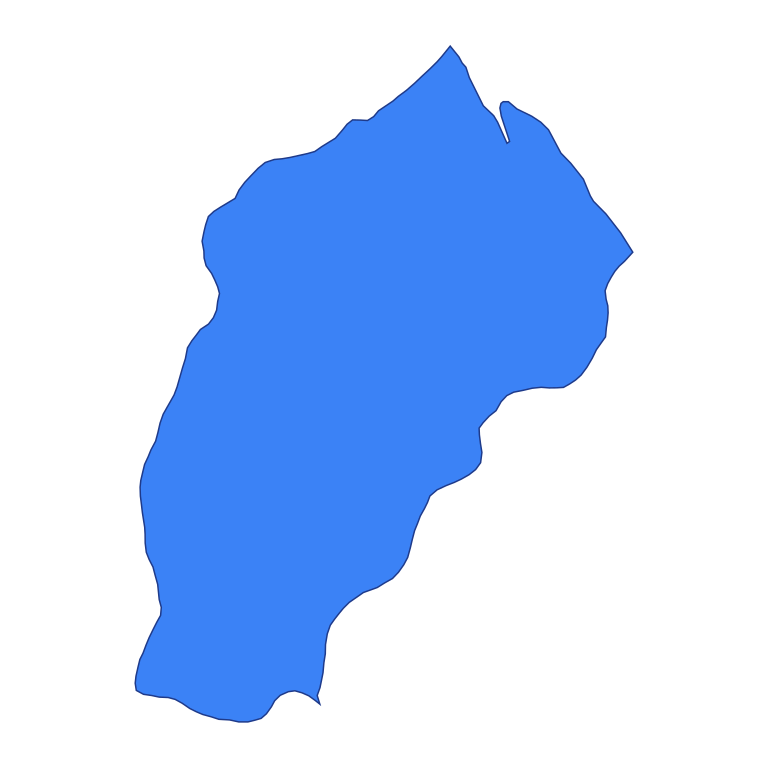 the district of II-1 Moruka/Pomeroon, Pomeroon-Supenaam, Guyana
{"feature_id": "73187651B89852633315", "entity_name": "II-1 Moruka/Pomeroon", "entity_type": "district", "adm_level": 2, "iso_a3": "GUY", "parent_name": "Guyana", "parent_adm1": "Pomeroon-Supenaam", "projection": "mercator", "projection_center": [-58.911, 7.285], "detail": "fine", "context": "isolated", "style": "filled", "palette": "blue", "viewbox_px": 768, "rotation_deg": 0, "n_neighbors": 0, "source": "geoboundaries", "source_scale": "gbopen_adm2", "svg_char_len": 2735}
<svg xmlns="http://www.w3.org/2000/svg" viewBox="0 0 768 768"><path d="M632.8,252.2L620.6,232.8L608.0,216.6L606.0,214.0L593.5,201.3L590.3,195.9L583.4,179.2L570.8,163.3L560.9,153.1L550.7,133.9L548.5,129.8L540.8,122.2L531.7,116.2L517.0,109.0L508.4,101.7L503.2,101.7L501.0,103.4L499.9,108.0L501.3,116.1L509.6,141.4L507.0,143.3L497.6,122.2L493.7,115.7L483.3,105.8L469.3,77.6L465.9,67.2L462.2,63.1L458.9,56.9L450.2,46.1L447.3,49.7L441.8,56.5L437.2,61.7L430.2,68.6L421.7,76.5L414.2,83.6L406.5,90.3L398.4,96.3L392.9,101.1L378.5,110.8L373.7,116.6L367.5,120.5L360.5,120.1L352.6,119.9L347.1,124.2L342.5,130.0L335.4,138.2L321.8,146.6L314.8,151.5L307.8,153.5L289.8,157.5L281.9,158.8L274.2,159.5L265.2,162.5L258.1,168.3L250.4,176.3L244.8,182.3L239.1,189.9L235.1,198.4L220.6,207.1L213.9,211.4L208.4,216.5L205.7,224.7L204.0,231.7L202.1,241.2L203.9,251.0L204.1,258.0L206.1,265.7L211.6,273.4L214.8,280.0L217.7,286.8L219.5,293.5L217.7,301.4L216.6,310.2L213.4,317.7L208.5,324.1L200.4,329.5L196.1,335.3L191.9,340.7L187.5,347.8L185.4,358.7L182.5,367.9L180.2,376.0L177.1,386.9L174.1,394.9L170.4,401.5L166.8,407.8L163.2,414.2L160.1,423.0L157.9,432.6L155.6,441.2L151.0,449.8L148.1,456.9L144.6,464.4L142.9,471.4L140.8,480.4L140.1,487.1L140.4,496.1L141.5,505.0L142.4,512.7L144.7,527.3L145.1,534.3L145.2,543.1L146.3,552.3L149.2,559.6L153.0,567.0L155.0,574.7L157.7,584.4L159.2,599.5L161.3,607.4L160.6,615.4L156.9,622.0L153.2,629.3L149.1,637.7L146.0,645.2L143.0,653.2L139.9,659.4L138.1,666.7L136.0,676.1L135.2,683.2L136.3,690.4L143.5,694.3L151.7,695.5L159.2,697.1L168.2,697.5L175.2,699.4L182.1,703.2L189.8,708.5L196.2,711.7L202.8,714.5L211.2,716.8L218.9,719.3L229.5,719.9L238.7,721.9L248.0,721.9L254.5,720.3L261.1,718.4L266.4,713.8L271.4,706.8L274.7,700.7L280.2,695.3L288.3,691.7L294.9,690.8L302.0,692.8L308.8,695.8L315.0,700.3L319.8,704.1L317.2,695.5L320.0,687.6L321.5,680.3L323.0,672.8L323.9,662.7L325.3,653.8L325.5,644.5L327.3,633.8L330.3,625.2L334.7,619.0L339.1,613.4L343.4,608.2L349.2,602.4L363.4,592.5L370.7,589.9L377.3,587.5L384.5,583.0L392.6,578.4L398.5,572.2L403.8,564.7L407.7,557.4L410.3,547.9L412.3,539.4L414.6,530.6L417.5,523.5L420.3,516.0L424.5,508.5L427.5,502.4L429.9,496.0L437.1,489.8L446.1,485.6L454.3,482.4L461.3,479.1L469.2,474.6L475.6,469.6L480.6,462.7L481.9,452.5L480.5,443.7L479.4,434.9L479.1,428.1L483.1,422.7L489.2,416.1L496.0,410.7L501.1,401.7L506.8,395.6L513.6,392.2L522.8,390.4L532.3,388.2L541.3,387.3L549.2,387.9L556.7,387.8L563.5,387.4L569.7,383.9L575.6,380.0L581.1,375.1L586.9,367.3L592.2,358.3L596.4,349.7L601.2,342.9L605.5,336.9L606.4,327.4L607.5,320.2L608.1,312.9L607.8,305.8L606.1,299.2L605.1,290.7L607.7,283.6L611.2,277.2L614.8,271.4L619.1,266.2L624.6,261.2L632.8,252.2Z" fill="#3b82f6" stroke="#1e3a8a" stroke-width="1.5"/></svg>